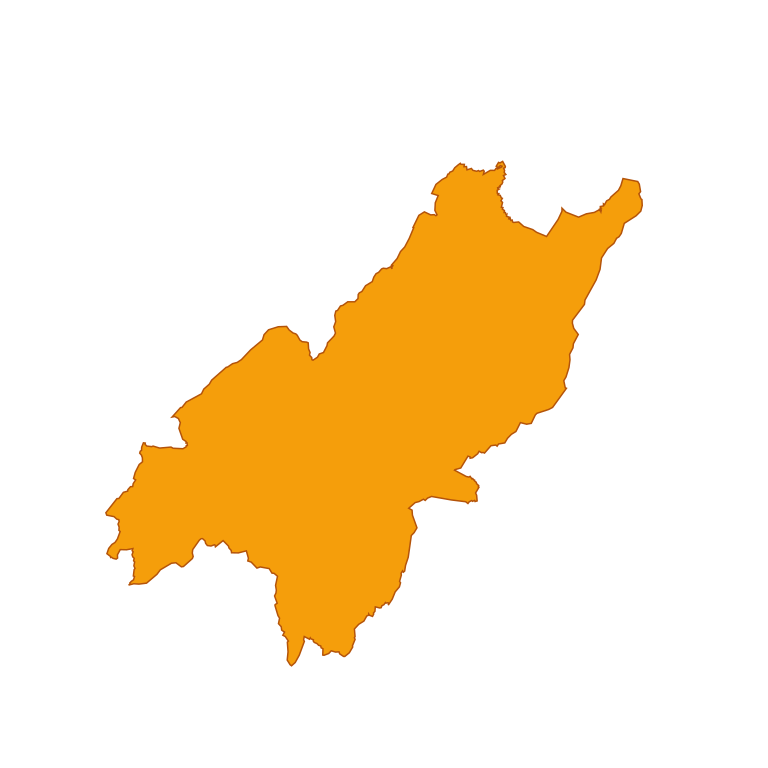 the district of Killarney Lea-7, Kerry, Ireland, rotated 310°
{"feature_id": "5873133B17042866960097", "entity_name": "Killarney Lea-7", "entity_type": "district", "adm_level": 2, "iso_a3": "IRL", "parent_name": "Ireland", "parent_adm1": "Kerry", "projection": "robinson", "projection_center": [-9.439, 52.045], "detail": "fine", "context": "isolated", "style": "filled", "palette": "amber", "viewbox_px": 768, "rotation_deg": 310, "n_neighbors": 0, "source": "geoboundaries", "source_scale": "gbopen_adm2", "svg_char_len": 6134}
<svg xmlns="http://www.w3.org/2000/svg" viewBox="0 0 768 768"><g transform="rotate(310 384 384)"><path d="M603.9,304.4L601.7,301.7L602.1,300.6L599.7,300.0L595.1,299.2L591.3,299.7L588.5,298.3L586.8,298.7L585.8,298.0L582.7,299.0L578.1,297.1L570.3,295.5L560.6,298.1L563.2,304.4L555.8,306.8L549.7,311.4L547.7,315.9L546.3,315.6L546.0,313.6L543.6,311.1L541.8,304.3L535.6,302.3L522.5,305.6L522.8,306.3L511.9,309.7L502.3,311.8L496.1,311.5L488.6,313.4L479.8,313.3L478.8,313.8L481.0,314.7L478.6,314.9L477.3,316.1L478.1,314.4L477.7,313.6L474.1,311.9L472.2,309.0L470.6,308.2L466.0,308.1L463.4,307.0L459.3,307.5L454.9,309.2L447.5,306.7L440.7,307.6L437.9,306.5L436.0,306.7L432.7,309.2L428.2,308.8L423.7,303.4L417.8,301.9L415.8,300.5L410.5,301.1L408.9,300.2L404.9,302.2L400.7,306.9L395.5,308.8L391.8,314.1L388.6,314.9L379.2,314.3L376.7,315.7L369.2,317.4L365.4,315.1L361.8,315.8L356.6,314.3L356.3,313.2L357.8,311.6L358.2,308.4L360.6,307.1L362.4,303.7L366.8,299.5L366.4,297.9L363.8,294.1L363.6,291.3L365.6,286.1L365.7,284.2L364.6,281.5L364.4,276.7L365.5,272.4L359.9,266.2L351.3,260.7L344.7,260.4L339.6,262.6L324.5,259.9L311.0,259.1L306.2,257.7L302.2,254.9L296.2,253.2L295.4,252.4L276.2,249.5L271.5,250.3L264.3,249.2L259.2,250.5L243.1,244.1L236.3,244.3L235.1,243.3L222.5,242.9L224.6,244.6L225.4,248.7L223.9,251.8L223.5,252.8L218.2,255.4L212.3,265.3L212.7,269.4L211.5,270.3L212.3,271.0L210.5,272.9L209.6,272.2L208.6,272.8L205.2,271.6L199.2,263.7L198.8,261.4L190.7,253.3L188.0,247.0L186.7,246.3L184.0,242.2L184.2,239.8L185.3,239.1L184.3,237.5L179.8,239.0L177.3,240.9L175.8,240.5L174.0,241.3L173.6,243.9L172.2,246.3L169.2,249.0L165.0,248.2L156.5,250.2L150.6,252.9L150.9,255.4L146.5,255.9L143.9,257.4L142.4,255.8L138.5,255.7L137.2,256.5L133.5,254.0L125.9,254.5L124.5,253.1L106.6,253.7L105.3,255.9L108.9,262.5L108.7,266.2L109.6,268.0L108.4,269.5L105.7,270.3L104.1,273.1L101.5,275.0L101.4,276.7L93.9,279.4L89.7,279.8L86.2,278.7L81.1,278.8L75.9,280.8L76.1,285.3L75.4,286.1L76.1,286.6L76.3,288.6L77.7,291.4L79.4,291.8L81.8,289.6L87.6,288.4L91.5,293.3L96.5,297.4L94.4,298.2L94.2,299.7L91.3,300.7L90.1,302.6L89.9,304.7L87.6,305.8L87.5,307.3L83.9,309.3L82.7,311.8L81.2,311.9L75.8,315.4L76.2,316.6L73.0,318.0L70.5,317.3L68.2,317.2L67.7,318.0L65.8,317.6L70.1,320.7L73.2,324.9L78.8,330.1L92.2,332.4L97.9,332.1L110.1,336.4L113.3,339.5L113.7,346.3L115.3,347.7L127.1,349.4L129.2,348.7L131.3,345.8L134.2,343.9L145.9,342.9L148.0,343.4L148.9,344.4L148.8,347.7L147.3,349.8L146.7,352.5L148.7,355.6L151.8,357.4L152.0,358.1L150.9,359.5L160.6,361.4L159.9,368.9L158.7,370.8L158.3,373.9L156.7,375.7L161.0,381.0L167.7,385.8L163.4,392.1L160.9,393.4L162.2,396.8L161.3,405.0L164.3,406.8L168.8,414.7L167.1,419.7L168.3,421.5L168.3,426.0L160.0,430.4L156.9,434.0L154.4,435.6L151.3,436.4L147.4,443.1L145.0,442.4L144.2,442.9L138.4,451.7L137.5,454.5L132.6,457.2L132.0,461.3L129.7,463.8L129.9,467.0L130.7,467.1L126.5,468.0L127.1,470.7L125.6,476.0L124.1,475.9L117.2,482.6L110.3,487.3L108.6,492.5L108.7,494.3L113.6,495.0L121.8,493.4L135.7,488.4L136.3,486.9L139.3,485.2L140.6,491.0L142.2,490.7L141.8,491.9L142.7,494.3L141.7,494.9L141.2,496.6L142.1,499.6L141.8,501.8L142.7,503.9L141.5,505.4L142.0,507.4L137.0,511.3L137.6,512.4L142.0,514.9L145.7,515.1L147.5,519.2L149.9,521.7L148.8,523.5L149.3,528.1L150.1,529.1L155.8,530.2L162.4,529.1L163.2,528.1L169.8,526.0L170.6,524.4L171.9,524.2L177.3,518.8L183.7,519.1L189.5,521.0L195.2,519.9L196.9,520.8L198.0,520.1L197.5,521.6L198.6,524.6L201.1,524.0L201.9,523.1L204.0,523.2L207.7,520.6L209.7,524.7L210.8,525.6L212.8,524.9L214.9,525.8L217.5,525.6L217.4,526.3L219.1,527.8L219.0,528.6L217.3,529.4L224.5,528.6L231.9,526.2L238.5,526.2L242.4,524.4L242.8,522.8L248.8,520.1L249.9,518.8L252.8,518.3L252.3,519.8L253.9,520.1L258.9,517.1L266.9,513.9L285.5,502.3L289.5,502.6L295.0,501.7L301.8,490.1L305.4,486.6L304.7,482.8L313.2,484.1L316.4,486.4L321.1,488.3L321.3,490.4L324.6,490.7L328.4,492.7L338.4,510.0L346.3,522.2L346.4,525.1L348.6,525.0L351.1,526.1L351.0,527.2L353.0,528.2L352.5,529.3L354.3,530.5L358.3,526.5L359.4,524.2L365.9,523.1L365.8,522.4L367.0,521.9L367.2,518.9L368.0,517.9L368.0,515.7L368.6,515.1L368.2,514.4L368.6,512.7L367.8,512.4L368.6,509.3L367.3,508.9L366.0,506.4L363.3,493.4L364.0,493.4L369.0,496.8L382.7,494.7L383.5,496.8L382.5,497.7L384.5,499.3L390.8,500.6L393.6,500.1L394.1,502.9L395.3,504.0L395.7,505.4L405.5,505.6L409.1,508.9L409.1,510.6L411.7,510.3L416.5,514.4L421.8,513.5L427.3,513.9L432.4,515.6L442.1,513.3L444.9,519.1L448.5,522.1L457.6,519.8L459.9,520.0L470.3,526.5L474.4,528.2L498.0,526.5L497.6,525.3L502.1,519.6L506.4,518.9L515.5,515.1L522.1,510.9L526.0,507.1L533.2,505.5L536.6,503.2L546.8,501.0L548.6,493.6L551.7,489.2L554.1,487.4L573.8,486.4L577.5,484.0L600.1,479.6L610.7,475.8L620.4,469.6L631.5,468.2L639.5,469.7L645.1,468.5L647.9,469.4L651.9,469.0L661.5,464.8L674.9,469.0L681.5,469.6L686.7,467.1L691.1,463.0L691.0,461.8L693.5,457.0L696.3,456.9L701.2,451.1L702.2,448.2L695.0,435.0L688.1,438.0L683.1,439.1L673.0,437.6L670.4,438.0L667.3,436.8L663.2,437.7L663.1,436.3L661.5,437.7L659.0,435.6L658.4,436.0L658.3,437.4L656.7,436.8L657.0,438.6L655.3,439.5L655.8,438.5L655.1,436.6L650.6,434.8L644.4,429.6L636.9,425.8L632.6,413.0L633.1,407.3L630.7,409.3L622.0,411.6L601.5,413.7L598.3,403.4L597.9,398.7L594.5,389.8L594.7,383.0L591.1,379.5L590.8,378.4L592.0,376.8L590.8,376.0L592.0,374.3L591.3,374.5L590.7,373.4L592.4,372.9L591.2,370.1L592.8,369.1L592.2,369.0L592.5,368.1L593.4,366.8L592.6,365.8L594.3,364.7L594.0,362.3L595.6,361.7L594.8,360.3L599.3,358.1L599.5,355.8L602.3,355.3L602.0,354.2L603.2,351.8L602.2,349.7L603.6,349.5L602.8,348.4L603.2,347.9L605.1,346.2L607.3,346.9L606.8,345.7L607.4,344.9L609.6,346.3L610.0,346.1L609.2,345.5L610.5,345.3L613.0,345.8L615.0,345.2L615.9,343.9L619.2,344.6L620.5,341.5L622.8,342.7L623.4,340.0L625.1,339.1L626.2,336.9L627.6,337.7L628.7,337.1L630.8,331.8L627.9,330.7L627.4,329.3L622.9,330.0L623.1,332.3L626.0,332.7L626.7,334.4L625.5,334.5L621.6,332.6L621.8,331.7L621.2,331.2L618.7,331.4L616.0,328.1L608.4,325.4L611.4,324.0L611.7,322.6L608.3,320.6L608.3,319.2L606.5,318.2L604.8,314.7L605.3,312.4L601.4,309.9L603.6,307.4L601.9,305.6L603.9,304.4Z" fill="#f59e0b" stroke="#b45309" stroke-width="1.5"/></g></svg>